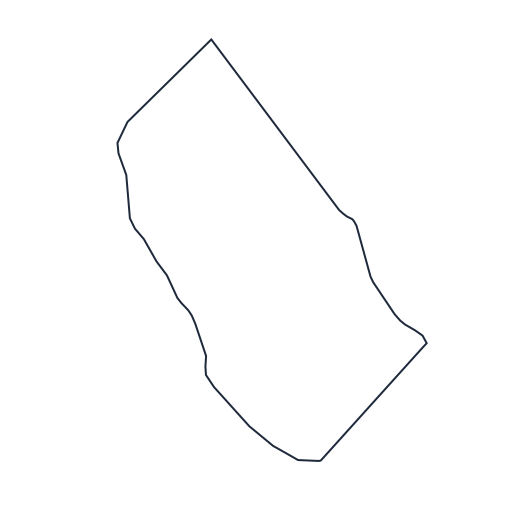 SVG path tracing the border of Balaka, rotated 132°
{"feature_id": "MWI-1915", "entity_name": "Balaka", "entity_type": "District", "adm_level": 1, "iso_a3": "MWI", "parent_name": "Malawi", "parent_adm1": "", "projection": "natural_earth1", "projection_center": [35.116, -15.04], "detail": "fine", "context": "isolated", "style": "outline", "palette": "slate", "viewbox_px": 512, "rotation_deg": 132, "n_neighbors": 0, "source": "natural_earth", "source_scale": "10m", "svg_char_len": 650}
<svg xmlns="http://www.w3.org/2000/svg" viewBox="0 0 512 512"><g transform="rotate(132 256 256)"><path d="M307.8,379.8L282.6,406.6L271.7,426.9L264.7,434.6L242.4,441.2L125.0,434.1L166.2,225.1L166.2,219.5L165.8,214.9L164.2,209.0L164.7,206.0L166.3,201.5L194.7,157.1L197.1,151.3L206.5,114.0L207.5,105.6L207.2,99.3L204.9,88.5L203.7,79.0L206.6,70.8L212.0,70.9L364.7,71.0L366.3,72.2L379.5,88.2L385.7,116.4L387.0,147.0L381.5,199.5L377.9,213.6L372.0,219.6L363.7,226.2L346.8,256.1L343.2,264.0L341.7,269.8L340.9,279.8L339.8,286.3L330.0,309.2L326.6,326.3L318.5,350.6L316.7,364.2L312.4,374.9L307.8,379.8Z" fill="none" stroke="#1e293b" stroke-width="2"/></g></svg>